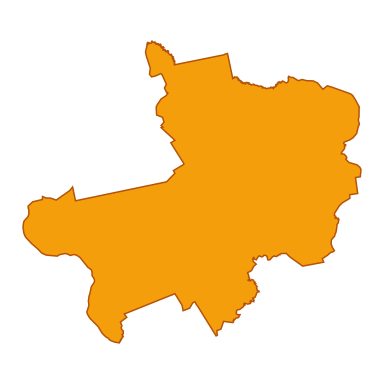 the district of Pampāļu pag., Saldus, Latvia
{"feature_id": "27541924B77529018431464", "entity_name": "Pampāļu pag.", "entity_type": "district", "adm_level": 2, "iso_a3": "LVA", "parent_name": "Latvia", "parent_adm1": "Saldus", "projection": "mercator", "projection_center": [22.17, 56.561], "detail": "fine", "context": "isolated", "style": "filled", "palette": "amber", "viewbox_px": 384, "rotation_deg": 0, "n_neighbors": 0, "source": "geoboundaries", "source_scale": "gbopen_adm2", "svg_char_len": 5852}
<svg xmlns="http://www.w3.org/2000/svg" viewBox="0 0 384 384"><path d="M323.7,262.2L322.3,258.7L327.2,255.5L330.9,252.3L332.7,252.0L334.4,250.7L332.2,247.1L331.1,243.6L331.4,240.2L331.7,239.4L332.8,238.4L333.0,237.6L334.1,236.8L334.7,236.0L335.0,234.3L335.9,232.4L336.4,230.1L337.1,224.3L338.1,223.1L338.9,219.6L338.4,218.4L337.4,218.9L336.5,217.5L335.3,218.1L335.5,216.2L334.4,215.5L334.7,213.0L339.0,206.3L340.3,204.8L342.4,202.8L349.9,198.3L349.7,194.7L357.7,193.5L355.5,177.5L360.3,176.8L361.0,169.6L360.8,169.1L359.8,167.2L357.1,164.9L348.9,162.4L345.8,159.3L346.7,158.1L346.8,157.6L346.3,156.6L344.2,154.2L341.3,153.7L341.8,152.2L344.3,148.9L344.7,147.8L344.4,146.5L344.6,145.9L345.6,145.8L345.7,144.8L344.2,144.1L343.6,143.4L344.2,142.1L349.6,140.0L353.1,137.7L356.7,133.4L358.3,126.4L359.4,124.4L358.3,119.9L359.0,116.7L359.1,108.1L359.4,107.2L355.4,99.8L352.6,95.4L350.4,93.8L332.3,87.3L327.3,85.8L322.9,89.3L317.6,83.0L313.2,80.9L306.8,80.7L302.1,79.5L298.3,80.7L292.9,77.4L290.5,77.4L288.8,76.3L288.2,77.3L288.5,80.3L287.7,82.2L287.2,82.6L285.9,82.8L282.7,81.0L281.5,81.6L281.6,82.1L280.3,83.1L279.8,82.8L279.9,82.3L279.3,82.3L279.1,81.9L278.5,82.5L278.2,82.3L278.0,82.6L278.3,82.9L278.1,83.2L277.3,83.4L277.5,84.5L276.8,84.4L276.2,85.0L275.8,84.8L275.6,85.7L276.1,86.2L275.0,86.7L275.0,87.0L274.6,87.4L273.8,87.5L273.5,88.1L273.4,87.6L272.6,88.0L272.2,87.6L272.3,87.4L271.6,87.6L271.0,87.2L270.9,87.8L270.3,87.7L269.8,88.2L268.2,88.1L266.3,88.8L265.1,87.8L264.2,88.0L263.2,87.3L262.6,87.8L262.5,86.8L261.8,86.3L261.5,86.6L260.5,86.0L259.0,86.5L258.6,86.0L257.6,86.0L257.0,85.3L254.8,85.3L254.6,84.8L253.5,84.1L253.0,84.6L252.3,84.5L251.3,85.1L251.1,84.6L249.8,84.2L249.6,83.6L249.1,84.0L248.9,83.2L248.5,83.2L248.7,82.9L247.8,82.5L247.2,82.9L246.5,82.4L245.5,82.8L245.7,83.4L245.4,83.9L244.3,82.9L243.9,83.4L243.6,83.1L243.2,83.3L242.7,82.5L242.2,83.3L242.0,83.1L241.8,82.1L241.0,82.2L241.0,81.2L240.3,81.2L240.4,80.8L240.9,81.0L240.7,80.6L240.0,80.5L239.1,79.8L238.8,80.3L238.5,80.2L238.7,79.8L238.3,79.4L238.7,78.9L238.3,78.4L237.8,78.5L237.7,78.1L237.2,77.9L237.1,77.1L235.5,77.1L234.7,77.6L234.4,77.1L233.6,78.0L233.2,77.7L232.7,78.3L227.5,53.5L224.6,54.3L224.0,54.8L174.4,64.8L174.3,64.3L175.0,64.3L174.1,61.8L174.8,61.7L174.7,61.0L174.3,60.5L174.0,61.1L173.5,60.9L173.4,59.9L173.6,59.6L173.0,59.2L173.4,58.6L172.6,58.5L173.0,57.9L172.7,57.7L173.3,56.9L172.8,56.5L172.3,57.1L172.1,56.8L172.2,56.2L171.2,55.1L171.5,54.7L171.1,54.2L170.3,54.9L169.5,54.6L167.2,51.8L167.5,51.6L168.5,52.1L168.4,51.0L167.7,50.6L167.1,50.7L165.9,51.7L165.5,51.5L165.3,50.1L164.6,49.3L163.6,49.6L163.8,50.1L163.0,50.1L163.0,48.4L163.6,47.7L162.8,47.6L163.0,46.8L161.4,47.1L161.8,47.7L161.3,47.7L161.0,47.0L161.1,45.3L160.2,45.4L160.4,44.3L159.2,44.4L158.8,44.8L159.0,45.1L158.4,44.9L158.3,43.8L157.4,43.7L156.9,44.2L156.2,44.3L156.0,43.1L155.5,43.2L154.9,42.0L154.4,42.7L153.7,42.6L152.0,41.1L151.5,41.8L152.0,42.4L151.3,42.7L151.2,43.2L149.1,43.4L149.0,42.7L147.8,42.4L147.2,43.1L147.5,43.7L147.0,44.5L147.6,44.8L147.0,45.4L145.5,52.2L146.4,56.3L150.3,68.1L149.5,74.3L151.6,76.9L155.1,76.1L160.9,73.6L162.3,75.2L166.4,84.4L164.4,88.0L166.7,92.7L167.6,92.6L167.9,93.2L166.1,95.7L161.1,99.0L157.5,104.3L156.2,106.9L156.6,115.0L162.5,117.3L164.0,122.1L161.1,125.5L162.9,127.1L161.2,127.7L174.9,140.3L170.8,142.8L183.9,163.6L183.6,164.5L173.4,170.6L174.9,173.2L166.6,181.8L75.5,200.8L72.6,187.0L69.8,190.5L56.2,200.1L50.6,198.1L45.9,198.0L42.5,196.5L42.4,199.5L32.7,201.8L28.1,206.1L28.2,207.8L28.8,210.4L28.9,213.7L28.1,216.5L24.1,221.0L23.4,223.5L23.0,227.5L23.9,233.2L25.2,236.4L26.1,237.7L31.6,243.6L37.4,248.6L41.8,253.1L45.1,254.7L47.1,255.2L57.3,256.1L59.8,254.6L65.1,253.5L67.7,254.1L70.3,255.5L73.8,254.5L76.7,255.2L80.0,257.5L87.9,267.3L91.3,269.8L92.1,272.4L92.0,274.6L92.2,275.9L93.6,277.9L94.4,279.6L94.6,280.7L94.0,282.8L91.6,286.2L91.2,287.2L90.1,292.6L89.0,296.4L88.4,301.0L88.9,305.1L88.5,306.8L86.9,311.8L87.0,312.7L87.7,314.9L88.3,315.4L89.4,317.6L90.3,318.7L98.0,326.5L102.1,333.2L104.5,335.6L106.1,337.1L108.0,338.0L109.5,339.8L111.2,340.8L114.7,342.1L119.2,342.9L119.4,342.1L119.9,341.9L119.8,341.4L120.6,341.0L120.8,340.5L120.6,339.5L121.4,339.3L121.7,338.7L121.6,338.4L122.7,337.4L122.9,336.9L122.5,336.5L123.0,336.2L122.7,335.9L122.8,335.6L122.6,334.8L122.1,334.7L122.5,334.0L123.2,333.8L123.4,331.1L121.8,329.6L121.2,327.8L121.9,325.7L120.4,322.1L126.8,317.3L124.3,314.0L174.9,293.7L181.6,304.5L182.2,305.9L183.1,310.7L189.6,308.2L192.7,302.9L194.9,301.8L196.1,303.9L196.1,304.2L198.0,306.7L216.1,335.9L217.4,335.1L217.0,333.7L217.0,330.5L220.9,329.2L223.6,321.4L233.0,322.6L233.6,321.8L233.2,320.8L233.9,319.5L234.5,319.9L235.9,318.2L238.5,317.5L240.0,314.7L238.2,314.8L236.3,313.8L236.6,310.6L238.1,309.6L239.7,309.5L243.3,306.7L243.8,305.9L243.9,304.4L244.6,305.1L245.0,305.0L244.3,303.6L244.8,303.2L247.7,304.1L250.2,303.5L250.7,303.0L250.1,302.1L250.1,301.2L251.0,300.5L251.7,301.6L252.7,301.3L253.7,301.6L253.6,300.9L254.1,300.3L253.0,299.1L252.8,298.3L253.7,298.6L254.1,297.5L255.2,297.1L256.4,294.1L256.7,293.0L257.2,292.3L259.2,291.7L259.0,291.2L257.2,290.3L257.1,289.1L256.4,287.8L257.1,286.5L255.6,285.1L255.8,283.7L254.5,283.6L254.5,283.2L255.1,282.2L254.1,282.0L253.6,280.2L251.8,279.6L250.2,280.9L248.1,280.4L248.4,279.7L249.6,279.8L249.8,279.4L249.6,278.3L248.6,277.6L248.9,276.5L248.6,275.0L248.2,274.5L248.2,274.0L247.6,273.2L247.6,272.6L250.7,271.1L251.8,270.1L253.8,266.2L256.2,264.2L253.2,261.3L252.7,259.3L253.6,257.4L253.9,257.5L254.0,259.0L256.3,259.8L257.6,257.6L259.1,255.8L261.7,257.0L263.3,256.1L263.9,255.2L264.7,255.3L266.3,255.7L267.0,256.4L267.7,259.7L268.3,260.0L270.2,259.6L272.5,256.8L273.3,256.6L273.8,256.0L276.6,256.5L277.4,255.8L278.2,255.6L278.6,254.8L280.0,254.7L279.9,254.2L280.9,253.6L286.2,253.4L290.1,257.1L302.7,266.1L323.7,262.2Z" fill="#f59e0b" stroke="#b45309" stroke-width="1.5"/></svg>